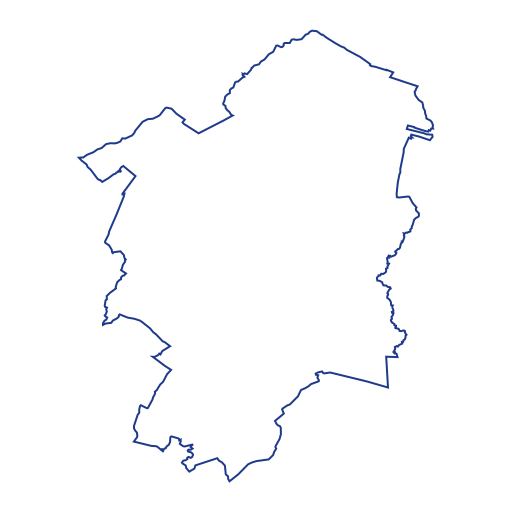 Leleasca, Olt, Romania
{"feature_id": "2599482B75677688782662", "entity_name": "Leleasca", "entity_type": "district", "adm_level": 2, "iso_a3": "ROU", "parent_name": "Romania", "parent_adm1": "Olt", "projection": "albers", "projection_center": [24.447, 44.768], "detail": "fine", "context": "isolated", "style": "outline", "palette": "blue", "viewbox_px": 512, "rotation_deg": 0, "n_neighbors": 0, "source": "geoboundaries", "source_scale": "gbopen_adm2", "svg_char_len": 6051}
<svg xmlns="http://www.w3.org/2000/svg" viewBox="0 0 512 512"><path d="M388.0,387.5L386.2,356.7L397.5,357.1L396.6,353.9L395.5,353.2L394.7,353.5L393.4,352.0L393.8,351.3L394.7,351.3L394.5,350.3L395.2,348.8L394.9,347.0L396.9,346.0L397.8,346.6L399.1,345.0L402.2,343.6L401.9,341.9L403.2,341.9L403.4,340.3L404.8,339.4L405.5,337.5L405.6,335.6L406.5,334.8L404.9,332.5L405.0,331.1L403.7,330.4L401.0,331.2L399.6,330.9L398.6,328.8L395.4,328.1L395.3,327.4L396.0,326.7L396.0,325.7L394.4,325.2L394.4,324.1L391.7,322.3L391.6,321.6L390.9,320.7L391.1,319.6L392.0,318.8L391.5,316.9L393.0,314.9L393.5,313.1L393.4,312.6L392.2,312.9L391.9,311.9L393.3,311.3L393.4,310.1L392.4,307.8L392.3,306.1L392.7,305.5L391.2,305.3L390.8,301.8L389.5,299.6L387.3,297.9L387.2,296.3L388.1,294.8L388.0,293.9L387.4,293.4L387.6,292.4L389.6,289.2L390.7,288.6L390.2,287.3L387.6,286.8L386.2,285.5L383.5,285.4L382.5,283.6L382.2,282.3L379.8,280.9L377.3,280.5L376.9,278.1L377.4,277.0L378.6,276.0L378.7,275.3L380.3,275.4L381.2,273.8L383.3,273.9L385.7,272.3L386.2,270.7L386.0,268.7L387.5,268.0L387.4,266.6L389.0,263.7L387.3,263.5L387.7,262.2L387.0,258.2L387.7,257.6L388.7,257.7L388.2,256.4L388.8,255.6L389.4,256.1L390.2,255.9L390.3,256.7L390.8,256.8L394.7,255.3L395.5,254.6L396.4,253.0L395.2,251.8L395.3,251.2L396.8,250.3L397.7,249.1L398.9,249.0L400.0,247.7L400.9,243.5L402.3,242.4L401.8,241.4L403.0,241.0L404.4,237.0L403.9,235.7L404.2,235.2L403.7,233.4L404.5,233.7L406.0,232.6L407.6,232.7L408.3,232.0L409.8,231.8L410.5,231.0L410.2,229.7L411.8,228.0L411.8,226.3L412.5,225.3L414.2,219.6L416.3,217.7L418.0,217.0L418.9,215.9L418.9,213.4L416.0,210.4L415.8,208.5L416.5,207.5L412.7,203.1L409.3,196.8L408.0,196.5L399.4,197.5L396.9,197.2L396.6,193.9L397.8,182.6L399.4,174.4L400.3,172.6L400.3,169.0L403.6,152.6L403.8,148.9L408.8,137.7L411.0,138.7L411.4,137.5L412.1,137.5L410.8,136.2L411.3,134.6L419.2,136.6L429.9,140.2L432.6,136.8L432.2,134.7L426.5,134.3L424.1,133.3L406.8,129.0L407.9,125.5L414.3,127.1L414.4,127.6L425.0,131.0L428.3,131.6L428.8,130.1L430.3,130.6L431.2,128.6L433.1,128.6L432.6,127.1L433.0,125.3L431.9,122.3L430.4,120.5L426.4,118.5L426.2,116.2L425.2,113.5L424.8,110.5L423.2,107.7L423.2,106.0L422.3,102.4L418.7,100.0L415.4,95.5L414.6,91.7L415.8,90.1L416.0,89.0L417.6,86.3L390.1,77.2L393.2,72.4L386.6,69.8L386.4,70.2L375.0,66.7L371.2,66.1L369.9,65.1L370.3,64.3L369.8,63.8L360.1,56.9L346.9,49.9L344.2,47.6L340.8,46.3L335.2,43.1L327.0,38.0L322.5,34.6L321.7,34.8L316.8,31.2L312.0,30.7L309.8,31.8L308.2,33.7L305.6,34.7L301.6,39.2L296.7,39.9L293.5,39.3L291.6,39.7L289.8,43.0L284.7,43.0L283.7,43.7L283.7,45.4L282.6,46.8L281.2,47.2L277.6,45.5L276.2,45.7L273.2,51.8L268.8,54.3L264.6,59.4L260.9,61.6L259.0,64.3L254.1,65.6L252.2,67.8L251.7,67.8L250.8,70.0L247.1,74.1L244.4,73.4L243.7,74.3L242.8,73.9L243.0,74.5L242.6,75.0L244.4,76.8L242.5,77.6L238.1,81.5L236.4,81.7L235.1,82.5L233.3,87.5L231.3,88.5L229.8,90.1L229.9,93.1L227.1,94.7L225.2,96.7L224.4,100.9L223.2,103.4L223.3,104.4L225.5,106.0L225.7,108.2L227.4,110.3L229.0,111.5L231.3,114.9L232.7,115.5L223.6,120.5L198.6,133.3L183.6,123.7L182.5,122.4L184.8,119.6L176.4,113.7L171.6,108.7L166.5,107.6L165.3,108.1L159.8,115.1L158.4,116.1L152.9,118.7L147.7,119.2L142.6,121.8L135.2,130.8L134.3,132.9L132.2,135.4L125.2,138.6L122.3,138.3L120.3,141.5L117.4,142.8L114.9,143.4L110.5,143.2L106.1,144.1L101.5,148.1L97.4,149.4L93.5,152.2L87.0,154.8L83.4,157.4L78.9,157.7L81.6,160.6L86.6,164.5L87.6,167.0L90.7,169.7L97.3,178.5L98.7,179.8L100.0,179.9L102.2,181.9L108.4,178.2L113.6,174.3L115.6,173.6L116.5,172.4L117.7,172.2L118.5,170.8L120.0,171.8L120.7,171.5L120.8,171.1L119.9,170.4L120.1,168.9L121.3,167.2L123.3,166.0L135.5,176.1L122.4,193.8L122.5,194.4L124.4,193.8L123.7,196.8L116.2,215.3L109.1,231.6L108.6,234.4L105.0,241.6L105.2,242.7L109.1,245.4L111.7,249.7L112.1,252.3L112.8,253.1L113.8,252.2L120.4,251.3L123.9,255.1L124.3,257.7L125.7,259.5L125.0,259.9L125.1,261.6L122.9,264.8L121.8,268.8L121.0,270.1L126.0,273.5L124.0,275.5L122.8,275.7L121.5,276.9L121.1,277.4L121.0,279.3L119.8,279.8L117.2,282.2L115.7,286.8L116.0,288.4L110.0,292.8L106.7,296.1L106.9,299.3L105.6,300.3L104.7,305.8L105.1,306.9L107.0,307.6L106.2,309.3L106.8,311.5L105.8,314.2L104.7,315.5L105.3,316.4L107.2,317.5L106.3,319.6L104.5,320.7L103.0,323.2L103.0,324.9L105.4,323.6L111.3,322.8L112.8,320.6L117.1,318.3L118.7,316.8L119.0,315.1L119.7,314.4L127.7,317.6L134.5,318.8L140.0,320.6L141.8,321.8L150.0,328.3L153.4,332.4L155.9,334.2L162.8,341.4L164.5,342.0L170.1,346.2L162.2,351.1L160.5,354.4L159.3,353.6L158.3,355.0L156.6,355.9L154.5,356.9L152.8,356.8L164.6,365.7L171.1,369.9L167.1,374.1L163.1,381.8L160.2,384.5L156.7,390.2L154.9,391.7L155.1,393.3L154.5,394.9L153.4,396.6L152.4,399.7L147.8,408.1L146.9,408.2L140.8,405.2L140.0,406.2L139.3,409.0L139.2,412.7L137.6,415.0L134.0,425.9L134.0,428.3L135.1,430.5L136.9,432.6L137.3,435.3L137.1,437.1L133.9,441.6L151.4,445.9L156.1,446.2L157.3,446.7L162.9,451.3L163.2,450.8L162.9,450.2L161.2,449.0L163.8,449.5L164.6,448.5L165.7,448.2L166.7,446.4L168.9,444.7L170.1,441.9L170.3,437.7L170.6,436.9L171.5,436.4L178.0,438.3L179.0,438.9L179.2,440.3L180.7,439.6L180.7,441.6L179.8,443.9L183.1,446.2L184.5,446.5L193.1,444.4L191.4,445.6L190.6,446.9L192.6,448.6L190.7,449.7L188.4,449.7L187.7,450.6L188.2,451.6L191.0,452.3L192.7,453.8L193.0,455.0L192.1,457.0L190.7,457.9L188.7,456.9L187.6,457.4L187.2,457.9L187.4,459.0L185.7,460.2L183.3,460.7L181.9,462.6L182.4,463.4L185.7,465.5L186.2,468.0L189.3,471.6L194.4,468.6L195.4,465.4L217.3,458.2L218.9,460.6L221.9,462.3L224.9,465.6L225.8,474.4L228.0,476.3L228.2,479.0L229.5,481.3L238.2,474.4L248.1,464.3L251.9,462.5L256.4,461.1L268.7,459.4L273.1,455.1L274.1,452.0L276.2,448.6L275.4,447.0L275.6,446.1L279.6,438.9L280.9,434.1L280.8,427.7L279.9,426.1L278.4,425.6L276.8,424.3L275.0,420.9L283.8,413.6L282.1,409.3L282.5,408.6L287.5,405.3L289.8,404.5L297.0,397.3L298.0,396.3L301.0,390.0L305.6,388.0L308.6,386.2L311.0,384.1L318.7,381.3L318.9,380.3L317.4,377.6L318.2,375.3L315.9,374.7L315.7,373.6L318.1,372.4L321.4,371.6L322.2,371.5L322.9,372.8L324.1,373.4L330.2,372.5L367.1,381.5L388.0,387.5Z" fill="none" stroke="#1e3a8a" stroke-width="2"/></svg>